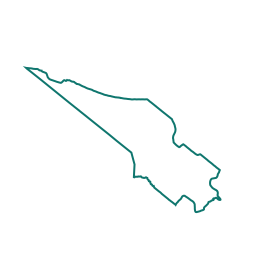 the district of Soutr Nikom, Siemréab, Cambodia, rotated 129°
{"feature_id": "14789045B2635302859589", "entity_name": "Soutr Nikom", "entity_type": "district", "adm_level": 2, "iso_a3": "KHM", "parent_name": "Cambodia", "parent_adm1": "Siemréab", "projection": "orthographic", "projection_center": [104.128, 13.174], "detail": "fine", "context": "isolated", "style": "outline", "palette": "teal", "viewbox_px": 256, "rotation_deg": 129, "n_neighbors": 0, "source": "geoboundaries", "source_scale": "gbopen_adm2", "svg_char_len": 5811}
<svg xmlns="http://www.w3.org/2000/svg" viewBox="0 0 256 256"><g transform="rotate(129 128 128)"><path d="M102.9,30.2L102.9,31.2L102.9,32.2L103.0,34.5L102.9,36.0L103.0,37.7L102.9,39.7L102.9,41.5L103.0,44.9L102.9,46.0L102.9,47.0L102.9,48.4L102.9,49.6L102.9,50.5L102.9,51.7L102.9,53.4L102.9,54.5L102.9,55.1L103.1,55.5L103.6,55.8L104.5,56.4L105.0,56.7L105.3,57.2L105.5,57.9L105.7,59.2L105.7,60.5L105.7,61.5L105.7,62.5L105.8,63.4L105.9,64.6L105.8,65.7L105.8,68.1L105.8,69.5L105.8,70.8L105.7,71.9L105.8,73.2L105.8,73.7L105.8,74.2L105.9,74.8L106.6,75.1L107.1,75.2L108.1,75.5L109.0,75.7L110.1,75.8L110.7,76.2L110.9,78.1L110.9,79.7L110.8,80.9L110.5,83.4L108.9,85.1L108.2,85.8L107.6,86.6L106.9,87.1L106.2,87.5L105.4,87.9L104.2,88.2L102.8,88.5L101.6,88.8L100.5,89.3L99.6,89.9L98.9,90.4L98.6,90.8L98.1,91.4L97.3,92.5L96.6,93.3L96.1,94.1L95.6,95.1L95.1,96.1L94.9,96.7L94.6,97.4L94.1,98.4L93.8,98.9L93.5,99.4L93.5,100.0L93.5,101.8L93.6,111.8L93.6,126.3L93.7,128.0L93.6,129.2L93.6,130.9L93.8,131.3L94.0,131.6L94.8,132.5L95.3,133.1L95.8,133.7L96.1,134.2L96.5,134.7L97.0,135.2L97.4,135.8L98.0,136.4L98.6,137.3L99.1,137.9L100.1,139.0L100.5,139.5L100.9,140.1L101.4,140.8L101.8,141.3L102.4,141.9L102.9,142.4L103.4,143.0L104.1,144.2L104.8,145.3L105.1,145.7L105.4,146.2L105.8,146.8L106.2,147.5L106.5,148.0L107.0,148.7L107.2,149.0L107.4,149.3L107.7,149.8L108.0,150.3L108.3,150.9L108.8,151.8L109.3,152.8L109.5,152.9L109.5,153.2L109.8,153.7L110.1,154.3L110.4,154.6L110.7,155.2L111.2,155.8L111.4,156.2L111.8,156.7L112.2,157.4L112.5,158.0L112.7,158.5L113.0,159.0L113.3,159.7L113.6,160.3L113.9,160.9L114.1,161.5L114.4,162.0L114.7,162.5L115.1,163.2L115.4,163.8L115.6,164.3L115.8,164.7L115.9,165.2L116.1,165.5L116.6,166.3L116.8,166.9L117.1,167.5L117.3,168.2L117.5,169.0L117.7,169.6L118.0,170.3L118.2,171.0L118.4,171.6L118.6,172.1L118.9,172.8L119.2,173.5L119.3,174.1L119.6,174.9L119.8,175.8L120.1,176.6L120.3,177.2L120.7,178.1L120.8,178.7L120.9,179.4L121.0,180.1L121.2,180.5L121.4,181.1L121.6,181.6L121.9,182.2L122.2,183.0L122.4,183.5L122.7,184.2L122.9,184.9L123.0,185.5L123.2,186.1L123.3,186.6L123.4,187.3L123.6,188.0L123.8,188.5L124.0,189.1L124.1,189.6L124.2,190.0L124.4,190.6L124.5,191.5L124.7,192.1L124.7,192.7L124.7,192.9L124.9,193.5L125.3,194.2L125.5,194.8L125.8,195.2L126.1,195.7L126.1,196.2L126.0,196.7L126.1,197.2L126.1,197.5L126.2,198.0L126.1,198.7L126.3,199.4L126.7,200.0L126.8,200.2L127.1,200.5L127.3,201.2L127.4,201.4L127.5,202.3L127.6,202.9L127.8,203.7L128.2,204.1L128.8,204.8L129.1,205.3L129.1,205.6L129.7,205.7L130.2,205.7L130.5,205.9L130.7,206.8L130.8,207.4L131.4,207.9L132.4,208.0L133.7,208.1L134.6,208.3L135.0,208.5L135.3,208.8L135.6,209.5L135.9,210.0L136.2,210.8L136.5,211.5L136.7,211.9L137.0,212.7L137.3,213.6L137.4,213.9L137.7,214.7L137.8,215.0L138.1,215.7L138.2,216.1L138.7,217.4L138.9,217.8L139.0,218.3L139.2,218.9L139.3,219.0L139.4,219.8L139.4,220.5L139.2,221.6L139.1,222.2L138.9,222.5L137.9,224.1L137.2,225.2L137.0,225.8L136.9,226.4L137.6,228.7L137.9,229.4L138.1,230.3L138.1,231.1L137.9,231.3L138.2,231.6L138.3,232.1L138.6,232.5L138.9,233.2L138.9,234.6L139.3,235.8L140.2,236.8L141.1,238.1L141.7,239.0L142.1,239.9L142.8,241.1L143.7,242.3L144.4,243.5L145.2,244.6L145.4,245.0L145.5,243.7L145.4,237.7L145.3,225.1L145.3,189.4L145.2,173.8L145.0,138.2L145.1,128.7L145.0,109.9L152.2,100.0L162.5,92.5L162.4,92.1L162.1,91.9L161.9,91.9L161.6,91.9L161.3,91.8L161.1,91.5L160.9,91.2L160.6,90.8L160.4,90.6L160.3,90.4L160.2,90.2L159.7,89.9L159.5,89.6L159.1,89.4L158.9,89.0L158.6,88.7L158.2,88.2L157.9,87.9L157.5,87.6L157.7,86.5L157.6,85.9L157.4,85.5L157.2,85.1L157.0,84.7L156.9,84.4L156.5,84.0L156.2,83.5L155.6,83.3L155.0,83.0L154.9,82.5L154.8,81.8L154.7,81.6L155.0,81.3L155.4,80.7L155.5,80.2L155.6,79.9L155.5,79.5L155.5,79.2L155.6,78.9L155.9,78.6L156.2,78.3L156.1,77.9L155.9,77.4L155.7,77.1L155.8,76.8L156.1,76.7L156.3,76.5L156.6,76.1L156.7,75.9L156.7,75.7L156.8,75.4L156.9,75.2L157.2,75.0L157.2,74.6L157.1,74.4L157.0,74.2L156.9,73.9L157.0,73.6L157.2,73.3L157.4,72.9L157.3,72.6L157.4,72.2L157.4,71.7L157.2,71.7L156.9,71.5L157.1,71.2L157.3,70.9L157.5,70.5L157.8,70.0L157.8,67.3L157.8,66.4L157.8,65.3L157.8,64.0L157.7,62.8L157.7,61.9L157.8,61.1L157.9,60.4L157.9,59.4L157.9,58.2L157.9,56.8L157.9,53.9L157.9,52.4L158.0,50.9L157.9,49.7L157.9,48.3L157.8,47.0L157.8,45.7L157.8,44.4L157.7,43.1L157.8,42.6L157.4,42.7L156.9,42.8L156.2,42.9L155.5,42.9L154.6,42.8L154.4,42.7L154.0,42.8L153.4,42.8L153.0,42.8L152.7,42.8L152.0,42.7L151.1,42.5L150.4,42.4L149.5,42.3L149.0,42.4L148.2,42.6L147.2,42.7L146.8,42.7L146.3,42.5L145.9,42.3L145.5,42.0L145.3,41.7L145.0,41.3L145.0,40.7L144.9,39.8L144.8,39.0L144.7,37.8L144.6,36.6L144.6,35.6L144.5,33.2L144.3,32.1L144.3,31.0L144.4,30.3L144.9,28.9L145.4,28.1L146.1,27.5L147.0,26.7L147.9,25.9L148.9,25.1L149.8,24.1L150.3,23.5L150.6,22.9L150.6,22.4L150.3,21.9L149.3,21.1L148.2,20.3L147.6,19.9L147.0,19.5L146.2,19.2L145.5,18.7L144.8,18.2L143.9,17.8L143.4,17.8L142.4,18.6L141.6,18.8L140.5,18.7L139.7,18.5L139.4,18.5L138.8,18.4L136.6,18.2L136.0,18.3L135.5,18.6L134.9,18.8L134.1,18.4L133.4,17.8L132.8,17.6L132.0,17.5L131.4,17.2L130.8,16.7L130.2,16.3L129.8,16.4L129.7,16.9L129.5,17.2L128.9,17.2L128.4,16.7L127.8,16.2L127.1,15.9L126.7,15.6L126.6,14.8L126.7,13.8L126.7,12.6L126.4,11.8L126.1,11.3L125.7,11.0L125.4,11.1L125.2,11.3L125.0,11.9L124.9,12.4L124.7,13.2L124.6,14.4L124.4,15.2L124.0,15.9L123.5,16.4L122.8,16.7L122.4,17.0L121.9,17.4L121.5,17.8L121.1,18.4L120.8,19.2L120.8,20.4L121.0,21.4L121.2,22.5L121.3,23.4L121.4,24.5L121.3,25.3L121.1,26.2L120.9,27.0L120.7,27.9L120.1,28.7L119.5,29.3L118.6,30.0L117.8,30.5L116.8,30.9L116.0,31.1L115.4,31.1L114.8,31.0L114.3,30.7L113.5,30.0L112.7,29.3L112.0,28.7L111.4,28.2L110.5,28.0L109.8,28.1L109.3,28.2L108.6,28.4L108.0,28.8L107.4,29.1L106.8,29.2L105.9,29.3L105.2,29.4L104.4,29.7L103.9,29.9L103.3,30.0L102.9,30.2Z" fill="none" stroke="#0f766e" stroke-width="2"/></g></svg>